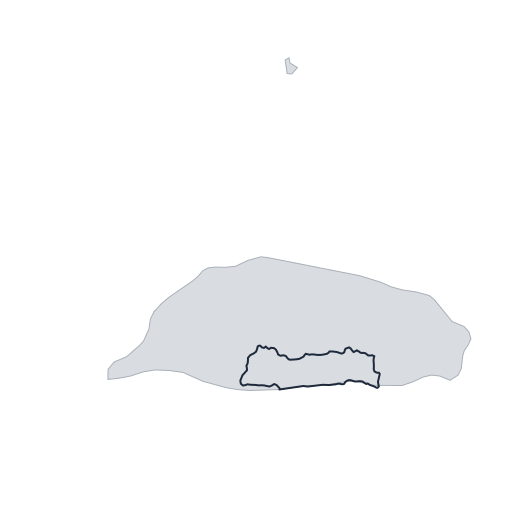 Hualien on a map of Taiwan (Mercator projection), rotated 72°
{"feature_id": "TWN-1172", "entity_name": "Hualien", "entity_type": "County", "adm_level": 1, "iso_a3": "TWN", "parent_name": "Taiwan", "parent_adm1": "", "projection": "mercator", "projection_center": [121.379, 23.74], "detail": "fine", "context": "in_parent", "style": "outline", "palette": "slate", "viewbox_px": 512, "rotation_deg": 72, "n_neighbors": 0, "source": "natural_earth", "source_scale": "10m", "svg_char_len": 2588}
<svg xmlns="http://www.w3.org/2000/svg" viewBox="0 0 512 512"><g transform="rotate(72 256 256)"><path d="M344.1,361.5L338.1,373.9L333.2,387.0L331.3,399.4L331.4,412.1L330.0,423.6L327.6,435.0L318.1,431.7L312.9,423.6L311.8,410.2L304.9,394.1L302.3,389.4L292.4,380.4L283.3,375.9L276.4,369.2L277.3,369.7L272.1,360.7L268.2,351.1L260.1,323.8L257.3,317.2L253.6,311.2L252.5,305.2L253.8,298.6L257.3,288.7L259.4,278.7L257.7,265.1L258.3,251.6L261.0,245.6L307.0,163.1L319.5,145.5L327.2,136.9L333.6,127.1L339.7,114.7L347.2,103.4L352.6,99.9L379.0,89.7L387.3,80.0L393.9,77.0L401.3,77.2L406.2,81.8L410.5,87.3L415.0,90.3L426.7,95.7L431.8,100.8L434.2,109.8L427.0,118.2L423.5,125.9L422.8,134.3L424.1,145.7L424.3,157.1L415.4,183.9L405.8,200.5L403.2,208.8L400.3,229.4L394.7,250.0L389.9,276.0L382.2,302.8L377.7,314.0L372.2,324.7L359.0,344.9L344.1,361.5ZM89.6,158.4L93.9,165.6L92.1,170.0L78.6,167.7L77.8,163.3L82.9,164.1L89.6,158.4Z" fill="#d9dde1" stroke="#a8b0b8" stroke-width="1"/><path d="M418.0,179.5L418.2,179.8L418.5,180.4L418.8,180.9L418.9,181.3L418.4,182.2L416.2,184.3L413.9,187.5L412.1,188.9L411.6,189.7L411.8,190.4L411.5,191.0L409.0,192.9L408.1,193.8L407.1,196.0L406.0,200.6L403.2,204.6L402.7,206.2L402.8,208.0L403.4,209.9L404.0,210.8L404.5,211.2L404.8,211.7L404.8,212.9L404.4,214.2L403.1,216.3L402.8,217.6L402.6,220.0L401.4,226.1L399.1,232.4L396.1,247.3L394.3,251.0L390.2,274.8L388.9,274.5L384.9,276.4L383.4,278.4L384.1,281.0L384.3,283.5L382.9,286.1L381.7,288.0L380.7,290.5L379.8,293.6L378.4,296.5L376.6,301.4L375.4,303.7L375.5,306.2L375.1,308.5L372.7,309.9L369.7,309.4L365.3,305.8L361.9,299.9L359.8,299.3L357.4,299.0L355.6,297.2L353.3,296.1L350.4,295.1L348.5,292.1L348.1,289.3L348.0,288.4L347.0,285.5L344.6,283.6L342.5,282.3L342.2,280.8L342.7,279.6L344.7,278.7L345.9,276.8L345.2,274.7L347.4,273.4L348.5,272.3L347.9,270.0L348.5,269.0L349.0,267.5L351.0,266.1L353.7,265.5L356.5,265.4L358.4,263.6L358.9,260.5L360.4,258.5L363.3,257.5L364.9,256.3L365.5,254.5L366.7,249.7L367.2,246.6L366.8,244.0L366.4,241.9L365.2,240.4L364.4,238.9L366.5,235.5L366.6,234.1L367.5,231.4L369.0,228.3L370.1,225.0L370.7,221.3L370.9,218.5L370.3,216.8L369.5,215.6L370.4,212.8L372.3,208.8L375.2,204.9L375.3,203.5L374.8,201.8L372.8,200.5L371.8,199.4L371.7,195.7L373.1,194.6L375.5,193.8L377.5,192.9L377.4,191.6L376.9,189.2L377.9,188.5L378.4,187.7L379.6,187.1L380.8,185.7L381.3,183.8L382.4,181.9L385.2,180.1L386.1,177.8L386.2,176.3L387.9,174.5L388.9,175.2L391.3,176.4L396.9,177.8L400.0,179.0L402.4,179.0L404.2,177.3L405.1,175.1L406.5,174.8L413.4,178.9L417.5,179.5L418.0,179.5Z" fill="none" stroke="#1e293b" stroke-width="2"/></g></svg>